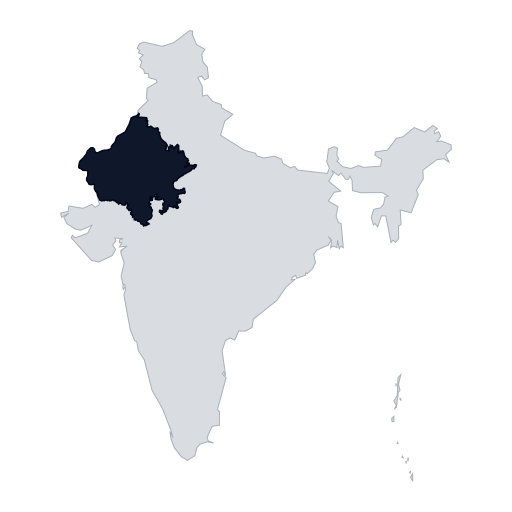 Rajasthan highlighted on a map of India
{"feature_id": "IND-3250", "entity_name": "Rajasthan", "entity_type": "State", "adm_level": 1, "iso_a3": "IND", "parent_name": "India", "parent_adm1": "", "projection": "robinson", "projection_center": [75.292, 26.62], "detail": "fine", "context": "in_parent", "style": "filled", "palette": "ink", "viewbox_px": 512, "rotation_deg": 0, "n_neighbors": 0, "source": "natural_earth", "source_scale": "10m", "svg_char_len": 9685}
<svg xmlns="http://www.w3.org/2000/svg" viewBox="0 0 512 512"><path d="M60.6,213.1L68.1,211.4L69.0,206.0L82.8,208.3L92.0,204.4L95.1,207.2L99.5,204.6L94.3,184.8L89.2,184.1L87.0,180.9L87.8,171.6L79.2,167.9L79.7,161.9L91.5,147.8L96.7,152.7L111.1,148.8L117.4,136.4L125.0,132.1L131.4,117.9L137.1,115.4L138.3,110.0L148.1,100.6L146.5,98.3L147.1,88.3L157.2,82.1L156.0,79.7L148.8,77.7L148.5,73.6L144.5,73.4L143.8,69.9L139.9,66.8L141.8,61.9L139.5,58.5L143.2,55.0L138.6,53.0L139.5,50.4L137.2,48.2L139.4,43.9L143.8,42.1L162.2,46.3L173.8,42.6L189.4,30.7L192.6,31.0L192.3,34.5L196.5,44.6L204.9,49.4L201.8,53.9L202.9,62.0L207.3,67.1L208.5,77.6L204.6,79.9L201.7,76.1L197.6,77.3L202.2,86.1L202.5,96.1L207.2,94.9L212.4,101.3L221.2,104.5L221.8,107.9L232.8,114.3L224.8,121.1L220.5,135.2L244.5,150.3L255.6,153.3L256.4,155.7L263.9,158.0L274.5,156.2L281.6,159.2L282.7,163.2L290.2,167.8L294.6,166.4L297.7,170.1L327.3,173.5L329.4,168.2L326.8,161.8L328.5,149.0L334.3,146.7L337.4,148.1L336.9,155.7L338.9,158.9L336.9,161.1L342.6,166.7L350.9,168.5L358.6,165.6L363.9,167.4L380.7,166.1L381.6,159.3L374.9,155.1L375.3,151.9L387.5,150.1L396.4,138.3L403.1,136.7L414.2,127.6L424.6,131.9L432.9,125.5L437.3,128.6L434.4,131.2L434.7,133.7L438.6,131.7L440.7,136.2L437.0,141.7L441.2,141.0L451.0,144.8L451.4,149.2L445.6,154.7L449.0,162.1L443.8,158.7L436.6,159.8L422.9,170.2L423.3,178.9L416.4,190.2L418.3,194.4L411.1,212.8L400.2,209.9L401.1,224.5L398.5,226.1L398.7,238.6L395.5,242.4L392.9,240.2L391.0,242.6L385.8,215.8L381.5,215.8L377.6,226.9L375.0,223.4L373.4,224.9L371.2,217.4L373.7,209.4L380.6,207.8L383.5,204.5L385.0,197.1L388.2,196.1L382.5,192.6L360.8,192.7L352.5,190.6L352.1,180.5L349.9,176.2L348.4,179.5L345.9,179.4L341.0,173.1L338.5,175.6L332.2,170.7L333.3,173.7L328.7,181.3L340.7,191.1L334.1,192.3L328.4,201.0L338.0,206.6L336.1,216.0L338.4,222.6L341.1,223.6L343.3,247.7L340.7,246.2L339.2,248.7L337.6,240.3L337.0,247.6L332.9,246.0L330.7,247.9L331.6,240.0L328.1,236.4L331.1,240.3L328.3,245.0L316.9,250.1L313.7,254.2L315.5,262.6L312.5,268.7L307.5,273.5L305.7,272.7L305.4,275.2L296.7,278.4L295.7,275.3L292.2,277.4L291.4,279.9L294.9,279.4L285.9,287.3L277.0,300.3L253.4,319.1L252.1,327.5L245.3,331.1L238.8,331.0L234.7,340.1L230.1,337.9L225.3,340.8L222.1,350.8L225.6,375.7L223.6,372.1L222.3,373.8L226.1,377.6L217.4,409.7L219.5,411.6L219.4,425.3L212.2,426.3L207.1,437.1L208.2,440.8L213.6,443.0L207.6,441.8L199.9,444.3L196.8,447.7L195.0,455.6L187.5,460.4L181.3,456.7L174.2,447.5L171.0,438.9L169.9,431.5L172.9,437.6L171.3,431.5L162.7,409.0L152.0,390.1L144.3,359.9L138.4,350.8L136.8,341.6L134.7,340.8L130.1,329.1L123.9,294.9L125.7,288.9L125.2,286.8L123.3,289.6L122.9,288.0L123.0,284.6L125.4,284.9L122.7,283.6L121.1,276.2L124.2,263.0L120.6,252.1L122.1,250.5L120.5,250.7L127.3,246.1L119.5,247.0L121.7,242.7L119.3,242.6L119.7,239.7L123.2,238.6L114.7,238.0L115.9,240.8L112.7,245.0L115.6,249.6L112.3,255.5L98.8,262.0L91.5,260.4L71.2,237.7L72.3,235.4L75.3,237.8L87.6,233.3L91.9,225.2L80.7,230.3L74.9,228.9L66.9,223.6L63.9,217.6L68.8,213.2L61.5,217.2L60.6,213.1ZM396.6,406.2L393.9,401.0L397.3,395.4L398.0,377.7L400.8,374.7L398.5,384.2L400.0,390.5L398.3,392.1L396.6,406.2ZM412.6,473.6L412.8,481.3L410.4,477.1L412.6,473.6ZM393.9,421.6L392.0,421.7L391.7,418.5L393.9,416.3L393.9,421.6ZM406.3,461.4L406.2,463.6L405.8,461.6L406.3,461.4ZM408.5,458.3L407.8,461.3L407.9,458.1L408.5,458.3ZM410.8,470.9L410.1,473.2L409.5,472.3L410.8,470.9ZM398.3,443.3L397.1,443.4L397.7,442.2L398.3,443.3ZM396.2,407.4L394.9,408.6L395.5,406.7L396.2,407.4ZM400.5,398.4L401.2,400.5L399.7,398.9L400.5,398.4ZM403.1,457.8L402.0,457.4L402.4,456.2L403.1,457.8ZM396.4,384.1L395.8,386.4L396.1,383.9L396.4,384.1Z" fill="#d9dde1" stroke="#a8b0b8" stroke-width="1"/><path d="M104.7,150.2L106.9,150.2L111.1,148.8L111.4,146.7L111.6,146.1L112.7,144.6L114.8,142.6L115.5,141.2L116.3,138.1L117.6,136.2L124.9,132.2L125.3,131.8L129.4,124.1L131.2,118.0L133.7,116.6L136.2,116.1L138.9,113.9L138.9,113.6L139.2,113.8L139.2,114.6L138.3,116.3L138.1,117.1L146.5,117.7L146.5,118.2L146.9,118.6L146.9,119.0L146.0,119.6L145.7,120.6L145.8,120.8L146.2,121.0L147.4,120.4L147.7,120.7L147.3,123.3L147.7,124.2L147.7,124.9L147.5,125.2L146.9,125.2L146.7,125.6L147.8,127.3L148.1,127.3L148.3,126.8L149.7,126.8L150.7,126.2L151.9,126.8L152.5,128.1L153.5,128.0L154.0,128.8L155.3,128.2L155.8,128.5L156.2,128.5L157.1,127.8L157.3,128.0L157.2,128.5L157.4,128.8L158.1,128.5L158.4,129.4L157.9,129.8L158.1,130.9L158.9,132.1L159.8,132.7L159.8,133.2L159.4,133.7L160.8,138.1L162.2,140.0L163.2,140.8L163.2,141.4L163.8,141.4L164.7,141.9L165.7,142.8L167.3,145.4L167.2,145.7L166.7,145.2L165.5,146.3L166.0,146.9L166.4,146.5L166.7,146.6L165.8,148.2L166.1,148.6L165.8,148.9L165.4,148.9L165.3,149.2L165.3,149.5L165.9,149.9L166.1,150.6L167.9,150.5L168.7,151.2L169.1,150.9L169.0,150.0L168.7,149.6L168.4,147.5L168.6,147.0L169.6,146.9L170.3,147.4L170.7,147.4L170.8,146.8L170.3,146.3L170.8,146.0L170.3,145.4L170.3,145.1L170.8,145.2L171.2,145.7L172.3,145.6L172.7,146.3L172.2,146.3L172.6,146.9L172.2,147.2L173.2,147.6L173.5,148.4L173.7,148.6L174.1,148.2L175.0,147.9L174.9,146.8L176.4,145.7L177.0,144.8L177.6,144.5L178.7,145.7L178.8,146.1L178.6,147.4L178.9,150.3L178.5,151.1L178.3,152.2L178.6,152.8L178.2,153.1L178.4,153.4L179.3,153.2L179.7,152.4L180.6,152.2L180.1,151.6L180.3,151.1L181.2,151.4L181.7,151.1L182.1,151.3L182.4,151.0L182.7,151.4L183.0,151.1L183.4,151.2L183.6,152.5L184.1,153.3L183.9,154.1L184.2,154.5L184.2,155.2L185.2,156.7L185.6,157.7L187.2,158.6L187.7,158.7L187.8,159.5L188.5,160.7L188.2,161.1L187.8,161.3L187.6,161.8L186.6,162.1L186.4,162.5L186.8,162.8L187.1,163.2L188.0,163.4L188.3,163.1L188.7,163.8L189.2,163.4L189.3,163.8L185.4,165.7L185.0,166.1L185.0,167.3L185.5,167.3L186.0,166.4L186.5,166.5L188.3,165.7L189.3,164.9L191.1,165.4L191.5,165.2L192.8,165.4L193.3,166.0L193.4,165.3L194.0,165.2L194.5,164.7L195.3,164.7L196.2,164.9L196.4,165.1L195.9,165.7L195.4,165.8L195.8,166.6L195.4,166.6L195.3,167.1L195.1,167.3L194.5,167.1L194.5,167.9L194.2,168.8L193.3,168.6L191.8,169.1L191.5,169.7L190.7,170.1L190.9,170.5L189.7,171.1L189.3,171.6L188.0,172.0L186.6,173.0L185.6,173.1L185.5,173.7L185.3,173.8L184.2,173.9L183.6,174.8L182.5,175.7L181.4,175.8L181.1,176.1L180.8,176.6L180.0,176.8L179.6,177.4L178.5,178.0L178.2,178.5L177.3,179.2L177.0,180.1L176.3,180.7L174.9,180.8L174.7,181.3L173.6,181.9L173.3,182.7L173.2,183.5L172.8,183.7L173.7,188.0L174.4,188.4L175.0,189.2L175.8,189.4L176.6,190.0L178.0,189.9L178.7,190.4L179.8,190.2L181.1,189.6L182.2,189.8L182.6,189.5L183.0,188.6L183.6,188.3L184.2,188.3L184.6,188.8L184.4,189.4L184.7,190.1L184.6,190.8L185.2,191.9L184.9,193.0L184.2,193.5L183.4,193.2L182.5,193.2L181.0,193.7L179.8,193.8L178.0,194.6L177.7,195.0L178.2,196.9L177.9,197.3L177.0,197.5L176.9,197.9L177.8,199.0L178.2,199.2L179.2,199.2L180.0,199.9L180.4,200.7L180.6,201.8L180.3,202.4L178.8,203.1L178.5,203.0L178.1,202.0L177.5,201.8L177.2,202.0L177.4,205.6L178.4,207.3L178.0,208.1L176.7,208.4L175.4,207.4L175.2,207.1L175.4,206.3L175.3,206.0L174.2,206.5L173.8,207.4L173.2,207.6L172.5,206.7L171.5,206.8L170.5,206.4L169.2,206.4L168.9,206.0L168.9,205.4L168.7,205.4L168.0,206.0L167.9,208.8L167.5,209.3L166.1,210.3L166.4,210.9L166.2,211.4L163.6,212.7L162.7,212.2L162.7,213.1L162.2,214.2L160.9,213.7L160.7,212.8L159.6,212.1L159.4,211.1L160.0,210.2L161.2,211.0L162.1,210.5L162.7,210.9L163.7,209.4L163.7,209.0L163.2,208.7L162.9,208.2L163.1,207.6L163.6,206.9L163.7,206.3L163.6,206.0L163.0,205.5L162.8,204.2L163.2,203.1L164.2,203.5L164.6,203.0L164.6,201.5L163.8,200.5L163.8,199.6L162.9,198.7L161.6,199.3L158.9,199.9L155.4,199.4L155.2,198.7L155.7,198.0L155.4,196.9L156.2,197.5L156.9,197.7L157.6,197.6L158.3,196.9L158.1,196.7L156.9,197.0L156.2,196.6L156.2,196.2L157.0,196.4L157.2,196.2L156.8,195.3L157.2,194.3L156.0,194.6L154.7,194.6L154.1,195.6L154.1,196.8L153.5,196.8L152.8,197.3L151.5,196.8L151.0,196.4L150.4,196.3L150.7,197.4L150.6,198.3L152.4,198.5L152.6,198.7L152.3,200.2L151.3,200.5L151.0,200.4L150.3,199.5L150.1,198.7L149.9,198.6L149.7,199.4L150.0,200.4L149.0,202.7L149.1,203.0L150.6,203.6L150.8,204.1L149.7,205.3L149.2,206.7L149.4,206.8L150.5,206.8L151.1,207.2L151.5,209.0L152.4,210.2L151.5,213.2L151.6,214.2L152.0,215.2L152.0,216.1L150.9,218.3L150.5,218.7L147.9,220.0L147.0,220.8L146.4,222.0L146.6,222.6L148.2,223.0L149.1,223.9L145.8,225.6L144.6,225.4L143.7,226.0L142.5,224.1L141.9,223.8L141.3,224.1L141.0,223.9L140.6,222.5L138.8,220.9L138.5,220.9L138.1,221.3L137.8,221.2L136.7,219.7L135.4,220.1L134.8,219.6L134.3,219.7L134.1,217.1L133.9,216.7L133.5,216.6L132.6,217.1L132.6,215.6L131.9,215.3L131.4,214.3L130.7,214.2L130.8,212.5L131.6,211.8L131.2,210.2L130.6,209.2L130.4,209.3L130.0,210.2L129.2,210.6L128.4,209.4L127.2,208.4L126.9,207.5L127.3,206.3L127.7,205.6L128.5,205.6L128.8,205.1L128.6,204.8L128.1,205.0L127.2,204.5L127.1,202.9L125.8,203.2L125.5,203.6L125.3,204.8L124.5,205.2L122.1,204.8L121.4,203.7L119.7,202.9L119.3,202.9L118.9,204.0L118.6,204.1L118.1,203.3L118.0,202.7L117.2,202.7L117.0,202.2L116.3,202.1L115.8,201.6L115.9,201.4L116.8,201.2L116.8,200.8L114.7,200.9L113.8,200.6L113.1,199.8L112.2,200.0L111.5,200.6L110.5,200.1L110.2,200.4L110.0,200.9L109.5,200.8L109.2,200.3L107.5,200.6L106.3,200.1L105.0,200.2L104.2,200.7L103.3,200.5L101.9,200.9L99.7,200.0L99.0,198.2L97.8,196.0L97.0,192.6L95.4,191.0L95.1,189.9L94.4,189.0L94.4,184.6L94.1,184.2L93.6,184.1L92.0,184.6L90.5,184.7L89.2,184.3L88.8,183.8L88.5,182.9L86.8,180.6L86.6,179.8L86.7,178.2L87.7,176.1L87.9,171.2L87.5,170.7L86.6,170.3L83.3,170.4L82.7,170.2L81.3,168.9L79.2,168.0L78.8,167.5L78.7,166.9L79.3,163.1L79.7,161.9L80.2,160.9L83.9,157.4L84.7,156.1L86.2,154.4L87.4,151.1L90.6,148.0L92.2,147.6L93.6,148.2L94.5,149.3L94.6,150.5L95.0,151.5L95.5,152.2L96.2,152.7L97.1,152.9L98.2,152.6L102.4,150.6L104.7,150.2Z" fill="#0f172a" stroke="#020617" stroke-width="1.5"/></svg>